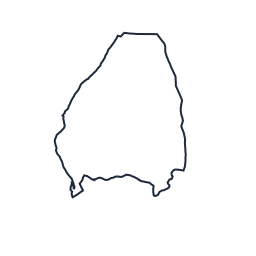 the district of Al-Balyana, Suhaj, Egypt, rotated 223°
{"feature_id": "37247803B40738105773266", "entity_name": "Al-Balyana", "entity_type": "district", "adm_level": 2, "iso_a3": "EGY", "parent_name": "Egypt", "parent_adm1": "Suhaj", "projection": "mercator", "projection_center": [31.948, 26.241], "detail": "fine", "context": "isolated", "style": "outline", "palette": "slate", "viewbox_px": 256, "rotation_deg": 223, "n_neighbors": 0, "source": "geoboundaries", "source_scale": "gbopen_adm2", "svg_char_len": 3431}
<svg xmlns="http://www.w3.org/2000/svg" viewBox="0 0 256 256"><g transform="rotate(223 128 128)"><path d="M198.4,188.5L198.1,187.3L197.5,185.8L197.1,183.2L196.6,181.1L196.4,178.7L195.9,174.5L195.9,172.2L195.2,170.3L194.2,167.8L194.1,166.2L193.6,164.9L192.8,163.4L192.6,162.1L192.5,161.2L192.0,159.4L192.0,158.2L191.8,157.0L191.6,156.2L190.7,154.8L190.7,153.5L190.7,152.2L190.8,151.5L190.4,148.5L190.4,146.6L190.6,145.3L190.6,144.8L190.6,144.7L190.5,143.8L190.7,141.6L190.9,139.9L190.8,137.6L190.7,136.5L191.4,135.4L191.5,134.0L192.0,131.7L192.1,130.0L192.3,128.6L191.8,126.4L191.3,125.2L190.9,124.1L190.3,122.1L190.1,119.7L190.0,118.4L190.0,116.5L189.2,114.6L189.0,113.2L188.3,109.9L187.7,108.2L186.7,105.5L186.2,103.5L185.6,102.3L185.1,101.5L185.1,100.1L185.4,98.2L185.3,96.8L184.6,95.9L184.5,94.7L184.5,94.2L184.3,93.3L184.3,92.4L183.4,92.5L182.6,92.1L182.2,91.4L181.6,90.6L180.6,89.9L179.5,89.2L178.0,88.0L176.8,87.3L175.8,86.4L175.3,85.7L174.9,84.5L174.8,83.3L174.8,81.3L174.7,79.7L175.2,76.3L175.3,74.7L175.3,73.9L174.5,72.4L174.0,70.9L173.3,69.4L172.2,68.0L170.8,67.2L169.4,66.2L167.2,65.0L166.2,64.2L165.7,62.8L165.2,62.4L162.7,61.1L161.3,60.7L159.9,60.7L158.2,60.4L156.0,59.3L153.5,58.5L149.8,56.2L148.0,55.2L147.8,55.2L147.7,55.2L146.5,55.0L145.5,54.7L144.5,54.3L143.6,54.0L141.7,53.5L140.1,53.2L137.9,52.8L136.7,52.8L134.5,52.5L130.8,50.6L129.3,49.7L128.3,49.0L127.8,48.9L127.0,48.5L126.4,47.5L126.1,46.9L126.1,46.4L126.0,46.2L126.6,46.8L127.3,47.7L128.5,48.3L130.2,49.2L131.3,50.0L131.9,49.7L131.0,48.9L130.5,48.1L130.3,47.2L129.6,45.7L128.6,44.4L127.8,43.5L126.8,43.5L125.4,43.3L125.1,42.7L124.5,41.5L123.3,40.8L121.9,39.8L121.2,39.6L119.8,44.5L119.0,48.6L118.6,50.3L118.3,51.5L118.8,51.8L125.4,54.3L125.6,56.9L125.8,58.5L126.7,60.5L127.2,61.0L127.2,61.5L127.7,63.6L126.7,64.0L125.1,65.0L122.1,65.5L119.6,65.9L118.1,66.4L117.1,66.9L117.6,67.4L117.1,67.9L115.9,70.6L115.5,71.4L115.0,72.3L113.8,72.9L113.0,73.3L112.0,73.8L111.5,73.8L109.9,74.3L108.4,75.2L107.9,75.7L106.9,77.7L106.7,78.2L106.3,79.7L104.8,81.7L104.2,83.7L101.7,86.2L100.7,86.6L99.1,88.1L98.6,89.6L97.5,92.1L97.5,92.6L94.0,95.0L92.0,95.5L91.5,95.7L90.0,96.5L89.5,96.5L86.4,97.4L84.9,97.4L84.4,97.9L82.9,97.8L81.9,98.3L80.4,99.3L79.4,99.8L76.4,101.7L74.8,102.7L72.8,102.7L72.5,102.7L70.8,103.1L70.3,103.1L69.8,103.1L69.4,102.6L68.4,101.1L67.4,100.0L66.4,99.0L65.5,98.0L64.5,97.5L63.5,96.4L62.5,96.4L61.7,96.8L61.0,98.4L60.4,99.4L60.9,100.9L61.4,102.9L60.8,104.4L60.8,104.9L60.3,105.9L59.3,106.9L58.7,108.9L57.7,110.9L57.7,111.9L57.6,112.9L58.6,114.4L59.6,114.5L60.6,114.5L61.6,115.0L62.1,115.5L62.0,116.5L62.5,118.5L61.5,120.5L61.4,121.0L62.4,123.1L63.4,123.1L64.9,124.1L65.4,124.6L65.7,125.7L65.8,126.2L65.8,128.7L65.2,129.7L63.7,131.1L61.7,132.6L60.2,133.6L58.4,134.7L60.0,138.4L61.5,140.5L63.4,143.0L65.8,145.6L67.8,148.1L69.7,149.7L70.5,150.5L71.2,151.2L72.2,152.2L75.1,154.8L76.6,156.3L78.5,158.6L79.5,159.4L83.9,162.5L87.3,164.1L90.3,165.7L92.7,170.7L95.6,172.8L97.1,173.5L99.1,174.9L101.0,176.4L103.0,178.5L104.4,180.5L107.3,185.1L111.7,187.2L116.7,189.3L120.8,191.1L121.6,191.4L123.1,192.9L128.4,198.1L132.4,199.7L138.8,202.3L140.8,203.4L144.7,204.9L145.7,205.5L148.2,206.5L150.2,207.7L152.6,209.1L153.6,210.1L156.0,212.7L158.5,214.3L160.4,214.8L161.4,214.8L170.8,216.4L175.1,212.5L185.2,203.2L191.2,198.3L191.7,197.9L193.0,197.0L194.8,195.6L195.7,195.0L195.7,192.4L195.7,190.0L198.4,188.5Z" fill="none" stroke="#1e293b" stroke-width="2"/></g></svg>